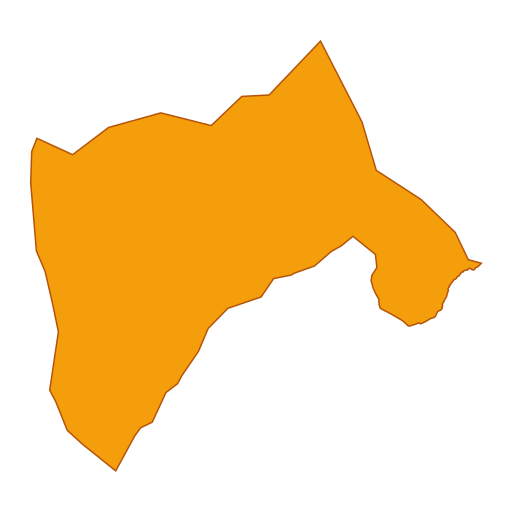 Ceel, Töv, Mongolia
{"feature_id": "93677404B76235859844194", "entity_name": "Ceel", "entity_type": "district", "adm_level": 2, "iso_a3": "MNG", "parent_name": "Mongolia", "parent_adm1": "Töv", "projection": "mercator", "projection_center": [105.615, 48.405], "detail": "fine", "context": "isolated", "style": "filled", "palette": "amber", "viewbox_px": 512, "rotation_deg": 0, "n_neighbors": 0, "source": "geoboundaries", "source_scale": "gbopen_adm2", "svg_char_len": 2612}
<svg xmlns="http://www.w3.org/2000/svg" viewBox="0 0 512 512"><path d="M481.3,263.2L468.3,259.7L455.2,232.4L421.2,199.6L376.3,170.4L362.0,122.0L320.6,41.3L320.5,41.1L269.1,95.0L241.8,96.4L211.2,125.6L160.8,112.9L108.5,127.5L72.6,154.7L36.9,138.3L31.7,151.6L30.7,182.8L36.4,251.0L45.1,271.4L52.5,303.4L58.4,331.8L49.7,390.2L55.6,401.3L67.3,430.4L82.2,444.0L115.7,470.9L134.7,436.0L140.7,427.7L152.3,422.1L165.9,392.6L177.6,383.6L182.0,375.4L198.4,351.5L208.2,328.4L227.9,308.3L261.1,297.0L273.6,278.6L290.9,275.1L294.8,273.0L314.5,266.0L331.5,251.3L341.5,245.7L352.9,236.3L375.4,254.4L376.9,267.5L371.8,275.5L371.1,280.6L373.2,288.3L375.9,294.1L378.9,299.2L378.9,299.5L378.9,300.8L379.0,304.2L380.0,307.5L380.4,308.4L382.0,309.3L384.5,310.6L387.1,311.9L389.9,313.4L390.0,313.4L390.1,313.5L390.3,313.6L392.1,314.6L394.0,315.7L397.2,317.6L399.1,318.7L400.9,319.6L401.2,319.9L403.4,321.4L405.2,323.0L406.1,323.8L406.4,324.2L406.7,324.6L407.8,325.6L408.3,325.7L409.4,326.2L412.4,325.1L414.4,324.6L416.1,324.1L417.1,323.5L418.6,322.8L420.4,323.8L421.8,323.4L423.4,322.6L425.2,321.7L426.8,320.8L428.2,320.0L429.7,319.1L431.2,318.3L432.6,317.9L434.2,317.5L435.4,316.4L437.0,312.9L437.5,311.7L438.0,311.3L438.6,311.0L439.5,310.6L440.7,310.1L441.6,309.2L442.1,308.3L442.4,306.6L442.5,303.8L442.7,303.4L442.9,303.1L443.1,302.8L443.3,302.5L443.5,302.4L443.8,301.9L444.1,300.9L444.2,300.6L444.7,299.7L445.5,298.4L446.4,296.9L446.5,296.7L446.7,295.8L447.0,294.6L447.2,294.1L447.5,293.1L447.7,292.2L448.1,291.5L448.4,290.7L448.2,289.9L448.1,289.6L448.0,289.2L448.3,288.0L448.6,287.6L448.8,287.5L449.1,287.3L449.1,287.0L449.0,286.5L449.1,286.2L449.5,285.9L450.1,285.2L450.5,284.6L450.7,284.2L451.0,283.7L451.2,283.3L451.3,282.8L451.4,282.7L452.0,282.3L452.4,281.7L453.1,280.9L453.3,280.7L453.7,280.1L453.8,279.9L454.0,279.8L454.2,279.6L454.7,279.4L455.7,278.9L455.8,278.8L456.6,278.1L456.9,277.4L457.3,276.6L457.5,276.4L457.9,276.3L458.2,276.2L458.6,276.0L459.0,276.0L459.3,275.7L459.7,275.0L459.7,274.9L459.8,274.7L460.0,274.4L460.2,274.1L460.4,273.8L460.5,273.7L460.9,273.3L460.9,273.2L461.0,272.9L461.0,272.6L461.3,272.3L461.6,272.2L462.0,272.2L462.4,272.1L463.1,271.9L463.3,271.3L463.8,270.6L464.3,270.6L465.2,270.5L465.9,270.3L466.5,269.8L466.9,269.7L467.2,269.9L467.5,270.0L467.7,269.6L467.9,269.3L468.4,269.1L468.8,268.8L469.1,268.5L469.6,268.3L470.1,268.3L470.8,268.5L471.3,268.9L471.7,269.4L472.4,269.8L473.0,269.9L473.7,269.9L474.4,269.4L475.1,268.8L475.3,268.2L475.8,267.6L476.4,267.3L476.9,267.2L477.5,267.0L478.4,266.1L479.3,265.5L480.0,264.7L481.3,263.2Z" fill="#f59e0b" stroke="#b45309" stroke-width="1.5"/></svg>